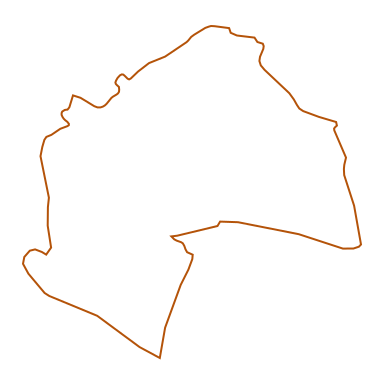 SVG path tracing the border of Al-Qādisiyyah
{"feature_id": "IRQ-3224", "entity_name": "Al-Qādisiyyah", "entity_type": "Province", "adm_level": 1, "iso_a3": "IRQ", "parent_name": "Iraq", "parent_adm1": "", "projection": "mercator", "projection_center": [44.995, 31.829], "detail": "fine", "context": "isolated", "style": "outline", "palette": "amber", "viewbox_px": 384, "rotation_deg": 0, "n_neighbors": 0, "source": "natural_earth", "source_scale": "10m", "svg_char_len": 1553}
<svg xmlns="http://www.w3.org/2000/svg" viewBox="0 0 384 384"><path d="M211.0,26.0L214.6,26.2L229.1,28.1L230.7,32.8L236.9,35.5L254.5,37.6L257.4,42.0L262.8,43.7L263.7,46.1L263.3,48.9L260.0,56.8L259.4,61.0L260.8,65.4L264.5,69.8L289.3,93.2L293.8,99.4L296.9,104.9L299.3,108.5L303.2,111.1L318.9,116.9L336.1,122.0L336.9,125.6L335.1,127.2L334.1,128.5L334.3,130.4L346.0,157.6L344.3,164.8L343.9,169.0L344.2,175.1L354.1,205.7L361.0,244.5L358.9,246.7L353.5,248.5L342.9,248.6L298.8,234.2L238.0,222.2L220.1,221.6L217.5,226.0L177.2,235.7L171.4,236.4L174.2,239.3L176.6,240.6L181.1,242.2L182.8,243.3L184.3,245.9L185.5,249.3L187.1,252.2L192.7,254.7L192.3,259.1L188.4,269.6L180.7,284.9L165.1,327.7L159.8,358.0L139.6,347.1L97.2,315.8L49.3,296.0L44.6,293.0L28.4,273.7L23.0,263.8L24.3,257.0L29.8,250.7L35.1,249.4L41.9,252.0L46.2,254.6L51.1,247.6L47.7,225.7L47.9,207.2L48.9,197.7L40.5,156.2L42.3,147.0L44.4,139.8L46.4,136.9L51.3,134.9L60.3,128.8L67.5,126.1L68.8,125.2L68.9,123.9L67.4,121.9L65.2,120.2L63.7,118.7L62.5,116.9L61.6,114.9L61.6,113.1L62.2,111.6L64.7,110.0L66.3,109.7L67.5,109.6L68.5,108.4L69.4,107.2L73.0,95.4L80.5,97.8L94.3,106.2L97.5,107.4L100.5,107.4L102.9,106.6L104.9,105.4L106.6,103.8L111.4,97.9L112.9,96.7L116.6,94.5L118.0,93.4L119.0,91.8L119.2,89.6L118.9,86.9L116.9,85.1L115.8,83.9L115.4,82.5L116.1,80.5L117.6,77.9L120.0,75.3L121.8,74.4L123.3,74.6L124.7,75.8L127.6,78.7L129.1,79.4L130.8,78.5L138.1,71.5L149.0,63.1L165.1,56.6L186.5,42.2L188.2,40.6L191.2,36.9L194.2,34.7L205.3,27.9L208.9,26.6L211.0,26.0Z" fill="none" stroke="#b45309" stroke-width="2"/></svg>